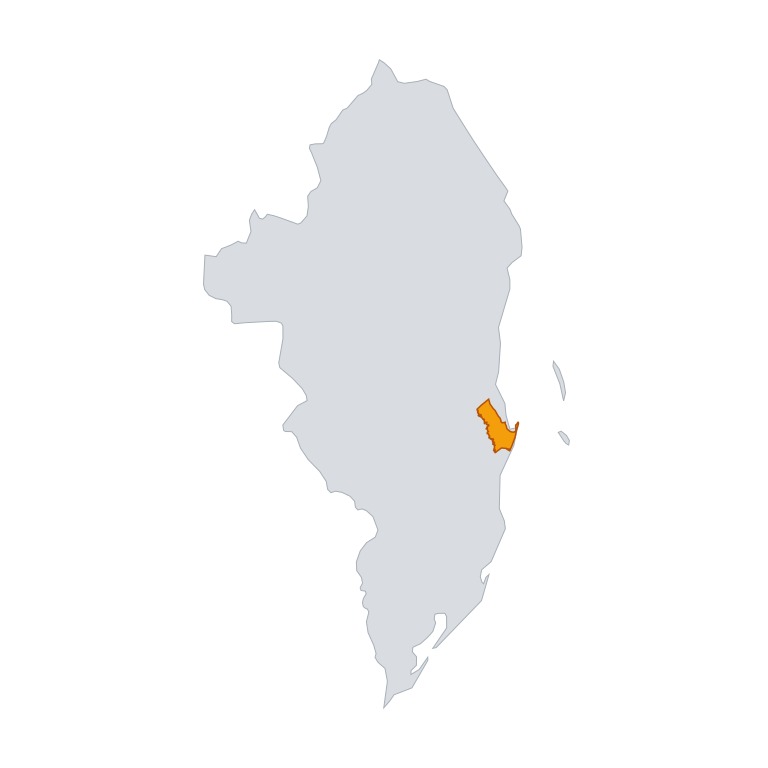 location of Trujillo, Colón, Honduras, rotated 95°
{"feature_id": "27666195B42436933929514", "entity_name": "Trujillo", "entity_type": "district", "adm_level": 2, "iso_a3": "HND", "parent_name": "Honduras", "parent_adm1": "Colón", "projection": "albers", "projection_center": [-85.893, 15.828], "detail": "fine", "context": "in_parent", "style": "filled", "palette": "amber", "viewbox_px": 768, "rotation_deg": 95, "n_neighbors": 0, "source": "geoboundaries", "source_scale": "gbopen_adm2", "svg_char_len": 7574}
<svg xmlns="http://www.w3.org/2000/svg" viewBox="0 0 768 768"><g transform="rotate(95 384 384)"><path d="M706.6,356.0L679.9,354.7L667.3,358.2L661.8,365.7L657.1,369.1L653.2,368.4L645.2,371.4L633.1,378.2L622.3,380.8L612.5,379.2L609.7,380.9L609.0,383.1L607.5,385.2L603.7,386.4L599.4,385.8L594.5,383.5L592.0,384.5L591.7,388.9L589.1,390.0L584.1,388.0L578.5,389.7L572.3,394.9L563.6,396.0L552.3,393.1L543.6,387.6L537.3,379.3L529.9,377.3L517.0,383.5L511.6,390.7L510.4,395.1L511.7,399.1L509.3,401.7L503.3,403.1L498.8,408.0L495.6,416.4L495.0,422.9L496.9,427.5L493.9,430.9L486.0,433.1L476.7,440.4L466.0,452.8L455.3,461.5L444.6,466.4L439.5,471.8L439.9,477.8L439.2,479.7L437.2,480.4L433.7,481.2L413.1,468.2L407.2,459.1L402.1,460.5L395.7,465.1L386.6,475.3L376.8,489.2L372.1,490.7L347.7,488.6L334.8,489.8L332.2,491.6L330.9,496.7L331.6,503.5L335.1,528.0L337.0,538.1L335.1,541.2L328.5,541.7L319.9,543.1L315.2,547.6L314.1,552.4L313.6,559.0L310.9,565.9L305.6,570.8L300.3,572.5L271.2,573.6L271.8,562.3L263.4,557.7L258.7,548.2L254.5,541.8L255.9,537.9L255.6,533.4L243.8,529.8L232.6,532.4L226.3,530.6L221.6,528.1L229.7,522.6L230.3,519.2L227.7,516.7L225.1,515.0L225.9,508.7L227.6,501.3L232.3,483.8L230.7,480.8L223.3,475.4L214.0,474.8L203.6,476.4L198.6,473.6L194.4,467.6L187.0,464.6L173.9,469.3L160.0,476.3L155.7,478.9L152.2,478.5L150.7,473.1L150.1,466.7L149.3,465.1L142.0,462.7L133.4,461.0L129.0,459.1L124.9,454.7L114.7,449.0L112.5,444.8L98.8,435.0L96.1,430.2L93.0,426.7L86.5,422.2L81.3,423.2L64.0,417.4L61.4,416.9L63.9,412.1L69.5,404.7L81.6,396.7L82.7,390.0L79.7,377.1L76.7,368.7L78.5,365.1L82.4,350.1L85.4,346.7L102.7,339.4L104.3,338.4L118.1,328.0L133.3,316.4L149.2,303.7L166.8,289.4L176.5,281.0L181.0,277.4L191.1,280.5L199.0,273.7L203.6,271.5L214.4,263.4L217.7,261.6L235.7,258.4L244.3,258.6L251.8,267.0L257.8,271.5L269.1,267.7L278.6,266.9L317.7,274.9L333.3,271.5L361.8,270.9L374.7,272.9L392.8,261.9L404.5,259.7L418.1,254.6L416.3,249.4L413.0,247.0L433.9,249.3L464.9,260.4L498.0,258.3L509.9,252.2L517.6,250.5L551.5,261.7L560.5,270.5L567.5,271.3L572.9,269.2L574.3,267.4L567.6,265.5L564.6,262.8L591.3,268.0L642.0,309.0L643.1,312.4L621.5,300.3L610.1,301.4L607.1,303.4L607.8,310.1L608.9,313.2L613.8,313.5L617.4,311.7L626.3,313.8L632.2,318.2L639.4,324.9L643.8,332.3L648.4,332.4L652.9,327.8L661.4,327.2L667.1,332.1L671.0,331.8L665.4,324.1L652.4,316.6L655.4,316.2L684.3,329.7L692.7,346.9L699.5,350.8L706.6,356.0ZM368.3,208.9L351.7,217.2L346.5,217.1L354.1,210.6L366.4,205.1L376.8,202.4L385.2,203.6L368.3,208.9ZM424.9,200.0L417.0,206.2L415.6,203.4L419.4,197.7L424.1,194.4L428.7,194.7L427.6,197.2L424.9,200.0Z" fill="#d9dde1" stroke="#a8b0b8" stroke-width="1"/><path d="M439.5,252.8L438.1,252.4L437.4,252.2L437.1,252.1L436.0,251.7L435.4,251.5L434.6,251.3L434.1,251.1L433.3,250.8L432.0,250.6L431.6,250.4L431.2,250.3L429.9,250.0L428.8,249.7L427.5,249.3L427.3,249.3L426.9,249.2L425.8,248.8L424.7,248.7L424.0,248.6L423.2,248.5L421.0,248.3L418.9,248.0L418.0,247.9L417.0,247.6L414.3,247.0L413.5,246.9L413.2,246.9L412.6,246.7L411.5,246.6L411.0,246.6L410.7,246.8L410.5,247.0L410.4,247.1L410.5,247.3L410.8,247.5L411.0,247.6L411.3,247.7L412.3,248.2L413.1,248.9L413.4,249.2L413.8,249.2L414.0,249.1L414.4,249.3L414.9,249.1L415.5,248.7L416.2,248.8L416.7,248.9L417.1,248.8L417.4,248.8L417.8,248.6L418.5,248.6L418.8,248.7L419.2,248.8L419.4,249.0L419.6,249.0L419.8,249.1L420.0,249.4L420.5,250.1L420.5,250.3L420.7,250.9L420.7,251.8L420.7,252.2L420.6,252.8L420.5,253.4L420.4,253.9L420.2,254.2L419.7,255.1L418.6,256.7L418.1,257.3L417.7,257.6L417.1,257.9L416.1,258.2L415.7,258.3L415.3,258.5L414.0,259.2L413.0,259.8L412.6,259.9L412.0,259.9L411.6,259.9L411.7,260.1L411.7,260.4L412.0,260.5L412.0,260.8L411.9,261.2L412.0,261.4L412.0,261.5L412.2,262.0L412.3,262.4L412.2,262.7L412.1,262.8L412.2,263.1L412.0,263.5L411.9,263.6L411.5,264.0L411.1,264.2L410.8,264.4L410.3,264.3L409.3,264.7L407.8,265.5L405.9,267.5L400.7,271.0L399.0,273.0L394.8,276.6L390.0,278.4L396.8,285.4L401.5,289.5L401.4,289.3L401.2,289.2L401.1,288.8L401.3,288.7L401.5,288.7L402.0,288.8L402.3,288.8L402.4,288.7L402.4,288.4L402.2,288.1L402.3,288.0L402.5,288.0L402.9,288.2L403.2,288.3L403.4,288.2L403.7,287.9L403.9,287.8L404.1,287.9L404.3,288.2L404.5,288.2L404.7,287.6L404.8,287.4L405.0,287.2L405.4,287.3L405.5,287.3L405.6,287.2L405.8,286.8L405.9,286.7L406.0,286.7L406.4,287.0L406.6,287.1L406.9,287.4L407.0,287.4L407.5,287.0L407.7,286.6L407.8,286.4L407.7,286.2L407.4,286.1L406.8,286.1L406.6,286.0L406.4,285.5L406.1,285.1L406.2,284.8L406.3,284.6L406.5,284.6L406.8,284.5L407.1,284.5L407.3,284.7L407.5,285.2L407.6,285.3L407.8,285.4L408.0,285.4L408.3,285.1L408.4,284.9L408.4,284.5L408.3,283.9L408.4,283.7L408.5,283.6L409.0,283.5L409.4,283.2L409.9,282.9L410.4,282.6L410.4,282.4L410.1,281.9L410.1,281.7L410.5,281.3L410.7,280.9L410.8,280.9L411.0,280.9L411.4,281.2L411.5,281.3L411.9,281.1L412.4,280.7L412.5,280.7L413.5,280.7L413.9,280.6L414.4,280.6L414.6,280.5L414.7,280.4L414.6,280.2L414.4,280.0L414.2,280.0L413.7,279.8L413.5,279.7L413.4,279.6L413.3,279.4L413.3,279.2L413.2,278.7L413.1,278.4L413.1,278.2L413.4,278.1L413.6,278.1L414.1,278.2L414.9,278.5L415.2,278.5L415.4,278.4L415.5,278.3L415.5,278.1L415.5,277.5L415.7,277.3L415.8,277.1L415.7,277.0L415.4,276.7L415.7,276.2L415.9,276.0L416.3,275.9L416.5,276.0L417.2,276.8L417.6,277.5L417.8,277.6L418.0,277.7L418.5,277.4L418.8,277.2L419.0,277.1L419.3,277.3L419.4,277.5L419.2,277.9L419.2,278.1L419.3,278.2L419.6,278.3L419.8,278.3L419.9,278.2L419.9,277.4L420.1,277.1L420.5,276.9L421.0,276.8L421.3,276.7L421.8,276.2L422.2,275.9L422.3,275.8L422.7,276.1L422.8,276.4L422.9,276.8L423.0,276.9L423.5,276.9L423.9,276.8L424.3,276.9L424.5,276.8L424.5,276.7L424.5,276.0L424.5,275.8L424.6,275.6L424.8,275.5L424.9,275.4L425.6,275.4L425.9,275.0L426.1,274.5L426.2,274.4L426.3,274.4L426.8,274.7L427.0,274.7L427.3,274.3L427.4,274.2L427.6,274.3L427.9,274.4L428.1,274.7L428.2,274.8L428.4,274.8L428.6,274.6L428.6,274.4L428.4,273.9L428.5,273.7L429.3,273.4L429.4,273.2L429.5,273.0L429.4,273.0L429.2,272.7L429.1,272.3L429.1,272.1L429.4,271.8L429.6,271.7L430.0,271.5L430.3,271.3L430.4,271.0L430.4,270.9L430.3,270.6L430.0,270.4L429.9,270.3L429.7,270.4L429.3,270.6L429.2,270.6L429.2,270.4L429.5,270.2L429.8,270.1L430.1,270.2L430.5,270.4L430.8,270.6L431.0,270.9L431.2,271.1L431.3,271.1L431.6,270.9L432.1,270.4L432.3,270.3L432.5,270.2L432.8,270.1L433.1,270.3L433.3,270.4L433.4,270.5L433.5,270.4L433.5,270.2L433.3,270.0L433.0,269.9L432.6,269.8L432.4,269.6L432.2,269.5L432.2,269.4L432.2,269.2L432.4,269.0L432.7,269.2L433.0,269.3L433.5,269.7L434.3,270.1L434.6,270.2L434.7,269.9L434.7,269.7L434.1,269.3L434.0,269.2L434.1,268.9L434.3,268.8L435.0,268.8L435.0,268.7L435.1,268.2L435.4,268.0L435.5,268.1L435.5,268.6L435.6,268.8L435.8,268.7L436.2,268.6L436.7,268.6L437.1,268.4L437.3,268.4L437.5,268.5L438.2,268.4L438.3,268.4L438.6,268.4L439.0,268.8L439.3,268.8L439.4,268.6L439.4,268.2L439.4,267.9L439.6,267.7L439.9,267.7L440.0,267.7L440.1,268.2L440.0,268.5L439.9,268.8L440.2,268.8L440.4,268.5L440.4,268.3L440.3,267.8L440.4,267.7L440.5,267.8L440.6,268.0L440.7,268.3L440.6,268.7L440.7,268.8L440.8,268.9L441.0,268.7L441.3,268.3L441.5,268.1L441.3,267.8L441.2,267.5L441.2,267.3L441.3,267.2L441.5,267.1L441.9,267.3L442.0,267.5L442.3,267.6L442.5,267.5L442.7,267.3L442.7,267.2L442.3,266.8L442.2,266.5L442.1,266.4L441.7,266.2L437.5,261.4L437.5,256.5L437.8,256.4L438.1,256.1L437.9,255.9L437.9,255.5L438.1,255.2L438.1,254.9L438.6,254.7L438.2,254.4L437.8,254.0L437.8,253.8L437.9,253.6L438.0,253.5L438.4,253.2L438.6,253.3L438.6,253.5L438.9,253.8L439.0,253.8L439.2,253.7L439.5,253.5L439.6,253.3L439.6,253.1L439.5,252.8Z" fill="#f59e0b" stroke="#b45309" stroke-width="1.5"/></g></svg>